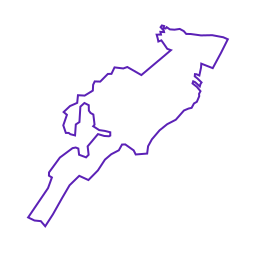 Jondor, Bukhoro, Uzbekistan, rotated 275°
{"feature_id": "79887680B67164743475948", "entity_name": "Jondor", "entity_type": "district", "adm_level": 2, "iso_a3": "UZB", "parent_name": "Uzbekistan", "parent_adm1": "Bukhoro", "projection": "orthographic", "projection_center": [63.66, 39.945], "detail": "fine", "context": "isolated", "style": "outline", "palette": "violet", "viewbox_px": 256, "rotation_deg": 275, "n_neighbors": 0, "source": "geoboundaries", "source_scale": "gbopen_adm2", "svg_char_len": 1609}
<svg xmlns="http://www.w3.org/2000/svg" viewBox="0 0 256 256"><g transform="rotate(275 128 128)"><path d="M104.0,77.6L103.1,74.5L92.6,62.7L76.9,53.2L73.6,53.4L72.1,56.5L61.2,53.6L30.2,36.3L27.7,42.9L27.6,49.3L22.9,54.1L35.4,60.7L52.6,68.5L65.9,74.8L76.1,83.6L72.7,93.1L83.1,101.7L94.5,107.8L100.4,113.6L105.0,120.8L111.0,123.5L111.4,126.7L106.2,135.6L102.3,138.0L104.2,149.3L111.6,149.6L118.8,152.8L128.5,159.7L135.2,166.7L140.4,174.9L150.3,182.2L152.7,186.7L153.6,189.6L158.2,191.6L160.1,194.3L165.9,196.2L168.2,195.8L171.0,197.0L175.0,193.0L178.0,188.4L180.2,188.9L179.5,190.9L175.7,195.9L178.2,196.4L179.8,197.3L183.3,193.0L185.3,190.0L187.5,190.0L187.5,191.6L186.5,194.5L194.6,195.5L198.5,195.4L195.0,207.2L211.0,214.1L225.1,219.7L226.7,215.0L227.8,203.8L226.6,192.6L227.1,182.3L226.8,177.8L229.4,175.1L231.2,170.9L230.0,165.8L229.9,161.1L231.8,157.7L230.4,156.8L230.5,154.6L232.7,155.1L233.1,152.8L231.3,151.7L228.2,155.1L226.7,155.6L226.6,151.9L223.9,152.7L223.5,148.4L219.8,149.8L216.8,150.7L218.2,153.6L215.5,155.9L210.3,160.2L209.3,164.0L181.9,136.7L188.7,122.0L186.9,118.1L187.2,109.3L180.5,106.8L180.1,103.2L171.8,96.3L171.5,90.8L168.0,89.5L162.2,89.7L156.5,82.0L156.3,75.3L148.6,75.2L144.8,68.3L138.3,62.5L135.8,66.0L125.0,63.3L117.7,66.5L117.9,69.4L116.8,71.1L116.3,74.1L116.0,75.9L127.0,75.7L129.7,79.1L145.1,78.7L149.1,82.4L147.3,86.9L141.9,87.5L139.7,89.4L138.4,92.3L128.4,94.4L126.7,93.2L123.4,99.5L123.1,105.0L122.2,110.7L118.9,111.0L118.1,109.8L118.0,105.0L119.3,98.6L106.2,89.4L97.9,91.1L95.1,88.8L97.1,81.6L103.2,80.3L104.0,77.6Z" fill="none" stroke="#5b21b6" stroke-width="2"/></g></svg>